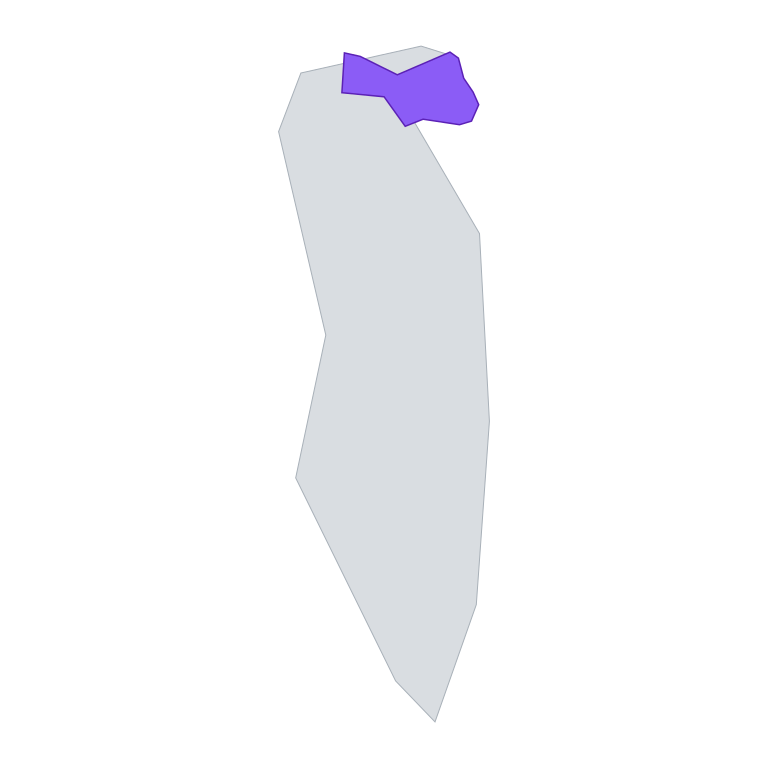 Al Manāmah on a map of Bahrain (Natural Earth projection)
{"feature_id": "BHR-4929", "entity_name": "Al Manāmah", "entity_type": "Governorate", "adm_level": 1, "iso_a3": "BHR", "parent_name": "Bahrain", "parent_adm1": "", "projection": "natural_earth1", "projection_center": [50.561, 26.218], "detail": "fine", "context": "in_parent", "style": "filled", "palette": "violet", "viewbox_px": 768, "rotation_deg": 0, "n_neighbors": 0, "source": "natural_earth", "source_scale": "10m", "svg_char_len": 539}
<svg xmlns="http://www.w3.org/2000/svg" viewBox="0 0 768 768"><path d="M476.3,604.6L435.0,721.9L395.6,680.9L295.7,477.9L325.8,335.1L278.6,131.6L300.9,73.0L421.1,46.1L449.1,54.9L413.2,120.1L479.5,233.6L489.4,421.3L476.3,604.6Z" fill="#d9dde1" stroke="#a8b0b8" stroke-width="1"/><path d="M344.4,52.9L360.2,56.4L380.7,66.6L397.3,74.8L450.0,52.1L458.4,58.1L463.7,78.2L473.1,92.1L475.9,98.4L478.7,104.7L471.5,121.1L459.5,124.7L423.1,119.2L405.2,126.3L384.1,96.8L341.9,92.7L344.4,52.9Z" fill="#8b5cf6" stroke="#5b21b6" stroke-width="1.5"/></svg>